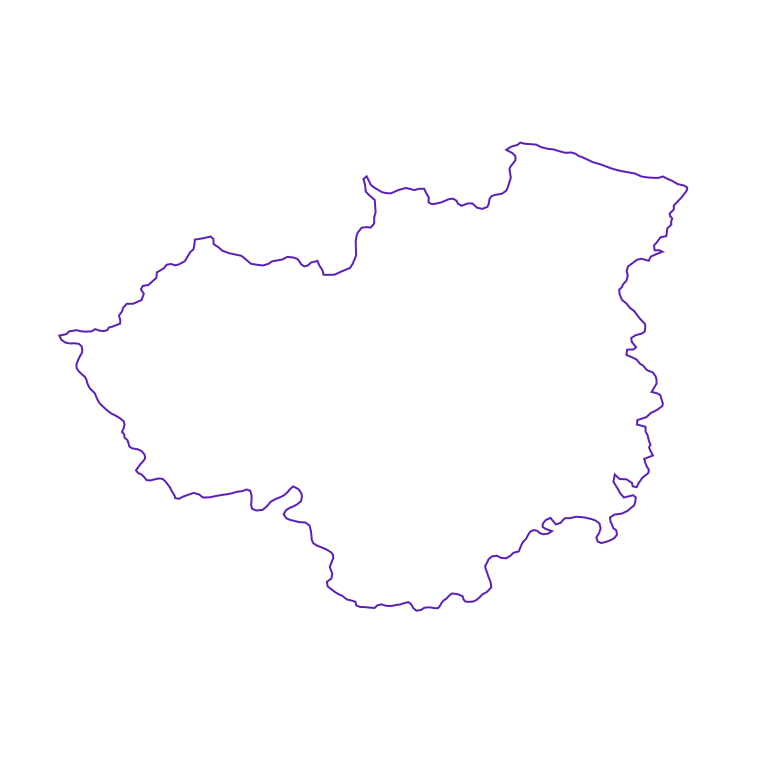 outline of Baliza, Goiás, Brazil, rotated 265°
{"feature_id": "56859067B68907801422928", "entity_name": "Baliza", "entity_type": "district", "adm_level": 2, "iso_a3": "BRA", "parent_name": "Brazil", "parent_adm1": "Goiás", "projection": "equal_earth", "projection_center": [-52.451, -16.34], "detail": "fine", "context": "isolated", "style": "outline", "palette": "violet", "viewbox_px": 768, "rotation_deg": 265, "n_neighbors": 0, "source": "geoboundaries", "source_scale": "gbopen_adm2", "svg_char_len": 6002}
<svg xmlns="http://www.w3.org/2000/svg" viewBox="0 0 768 768"><g transform="rotate(265 384 384)"><path d="M359.1,118.8L356.6,120.7L353.1,120.9L350.5,123.5L347.6,124.2L344.0,124.9L341.9,127.3L340.5,132.7L338.4,136.6L334.6,139.3L330.8,139.6L328.2,137.5L325.6,134.6L322.8,132.1L319.6,129.4L316.7,131.3L315.1,134.4L312.6,136.7L308.9,139.1L308.3,143.1L309.0,147.2L309.5,150.9L308.9,155.0L305.9,157.8L302.5,160.0L299.3,161.9L295.4,163.4L291.1,165.6L288.5,166.1L287.5,170.0L289.1,173.3L290.4,178.0L292.1,184.9L290.1,190.1L286.7,193.8L286.3,200.1L286.9,205.4L287.4,210.6L287.7,214.2L287.8,217.9L288.4,223.2L289.5,228.1L289.6,233.7L290.9,237.9L289.3,241.4L284.4,242.4L279.1,241.8L274.9,241.0L271.1,241.8L269.1,245.9L269.2,252.1L272.1,256.3L274.2,258.5L276.5,260.8L278.7,265.6L280.5,271.5L282.0,274.9L284.8,278.6L287.5,281.3L289.9,284.6L286.6,289.8L281.9,292.3L278.3,292.3L274.4,291.0L271.6,286.9L269.9,282.8L268.6,278.9L266.8,275.3L263.0,272.7L258.8,274.9L256.7,278.8L255.6,282.2L253.9,287.1L252.8,293.7L249.5,297.5L244.5,298.3L239.4,298.5L234.8,298.5L231.4,299.8L228.9,303.1L226.6,307.8L224.2,312.2L221.0,316.5L218.3,318.3L215.0,318.3L210.4,315.9L206.5,314.0L202.9,315.0L199.6,315.9L194.9,314.7L191.8,309.8L187.2,310.3L183.6,314.2L180.8,317.3L178.5,320.5L176.5,324.2L172.7,328.1L170.9,333.3L169.5,336.6L165.9,337.0L164.0,340.7L163.4,345.5L162.6,349.8L161.7,355.0L164.2,358.4L164.7,362.3L162.9,366.6L162.2,372.4L162.8,376.7L162.9,380.7L163.9,384.8L164.6,389.3L162.1,391.9L158.3,393.6L155.4,396.4L155.6,401.0L157.6,404.7L157.6,409.9L156.3,414.7L156.0,418.4L158.3,420.5L160.9,422.3L163.1,424.4L164.8,427.6L167.3,430.2L169.4,433.3L168.3,438.9L165.7,443.8L162.4,444.5L160.1,446.2L159.5,450.2L159.6,454.2L160.9,457.5L162.8,460.2L165.7,463.5L168.1,468.7L172.0,473.1L175.2,473.1L178.9,472.5L183.1,471.2L187.8,470.1L191.2,469.1L193.9,468.9L197.2,471.2L200.2,472.8L202.8,476.5L203.1,481.5L200.6,485.4L199.7,490.4L201.9,495.0L204.6,498.3L205.5,503.7L208.5,505.2L212.4,507.2L215.0,509.2L217.3,512.0L220.5,514.0L224.0,516.6L225.4,519.9L224.6,523.6L221.8,526.3L220.4,529.6L220.7,534.6L222.8,538.5L225.3,532.9L227.7,529.6L231.0,530.0L234.4,533.3L236.1,538.2L232.7,540.5L229.1,543.0L230.4,548.0L232.6,550.1L234.6,552.9L234.1,557.5L235.0,563.5L234.3,568.5L233.3,573.0L231.3,579.1L229.4,583.1L226.2,586.5L221.4,587.2L217.2,585.5L212.7,582.2L208.4,583.1L206.6,586.5L207.4,591.3L208.6,596.0L210.4,600.0L213.5,602.9L217.9,602.7L220.5,599.8L223.8,599.0L226.8,597.7L231.3,597.5L233.8,602.1L234.2,609.8L236.3,615.3L241.3,622.6L245.4,624.2L249.0,625.0L251.5,622.5L250.0,613.0L254.6,609.8L260.1,607.3L266.7,604.0L273.7,606.0L268.8,610.5L267.9,617.2L263.9,622.4L260.4,622.8L259.2,626.7L263.0,629.0L268.0,633.1L272.2,639.5L275.5,640.4L278.7,638.7L282.4,637.5L286.7,636.7L289.4,645.7L294.4,643.5L297.8,642.5L300.2,644.2L304.4,642.9L310.1,642.1L313.6,640.5L318.6,640.8L321.6,632.5L325.9,633.2L328.2,642.6L331.8,647.2L334.2,653.4L337.7,659.3L340.3,660.1L349.0,658.2L350.8,655.5L352.8,649.9L360.6,655.5L364.6,655.9L368.3,655.1L372.1,652.8L375.0,647.0L379.6,643.9L381.9,640.8L386.4,637.7L389.6,632.3L391.8,628.0L397.0,629.2L396.7,635.6L398.7,638.3L404.2,634.6L408.2,634.2L410.6,638.7L411.9,645.6L413.6,648.3L418.0,649.3L421.0,649.3L427.5,644.1L431.0,642.0L434.8,639.6L438.4,635.7L443.3,632.3L447.3,628.2L453.2,626.5L457.4,626.5L460.0,629.6L462.5,630.9L465.7,634.4L470.6,636.3L475.5,635.6L479.8,637.3L485.8,647.0L486.3,651.5L483.7,658.4L487.7,660.9L489.8,667.1L491.5,672.9L493.3,669.8L493.6,665.3L498.4,665.0L501.1,667.9L506.1,672.3L506.7,678.1L514.3,679.8L517.8,684.1L520.5,684.1L523.8,685.6L526.2,683.7L529.0,683.5L532.4,687.8L536.6,688.3L544.2,697.0L550.4,702.5L553.3,703.2L555.4,700.6L557.6,693.9L560.9,689.4L563.8,684.1L566.4,680.0L565.4,675.2L566.0,669.6L566.8,664.6L568.3,658.4L571.8,652.4L575.0,640.5L577.0,634.2L579.2,628.8L584.2,618.2L586.9,611.2L592.6,601.4L594.2,597.7L596.6,595.0L598.3,590.9L598.5,584.9L601.0,577.9L603.0,573.1L604.0,567.7L606.2,561.2L609.2,556.5L610.0,551.7L611.1,545.1L612.6,540.8L610.5,537.6L609.4,531.5L606.6,526.2L602.8,532.1L599.7,534.7L595.6,534.5L589.9,529.3L587.4,527.7L578.5,528.3L568.9,524.4L565.7,522.3L563.2,517.8L562.7,511.0L561.7,507.4L559.0,505.2L554.4,504.1L551.5,502.5L549.9,497.2L551.5,492.1L556.2,487.8L556.6,483.4L554.8,476.7L557.2,473.4L560.3,472.2L562.7,468.7L562.4,464.5L559.9,456.7L559.1,450.8L559.1,447.1L561.2,444.1L565.7,444.9L571.2,442.4L575.0,441.0L575.4,435.5L574.5,431.2L577.4,423.1L576.1,415.7L573.3,407.4L574.1,402.2L575.3,398.7L581.0,390.8L583.3,388.4L592.4,384.8L589.9,381.4L584.0,382.5L577.3,382.6L573.7,385.4L568.1,390.8L556.0,390.6L550.9,388.8L544.6,388.1L541.0,384.4L541.8,380.5L541.6,375.3L536.9,370.9L533.7,369.5L528.8,368.3L514.4,367.4L506.5,363.3L502.6,360.3L499.8,351.4L497.2,344.2L497.6,338.2L498.1,333.3L502.8,332.6L507.7,329.9L512.4,328.5L511.3,321.7L508.8,318.7L508.1,314.8L510.5,311.9L513.7,310.3L516.3,308.4L517.9,304.7L519.1,298.9L516.9,293.5L516.5,289.4L516.0,283.4L513.7,279.0L512.6,273.7L514.2,266.4L515.4,261.9L521.6,255.8L524.2,253.0L526.5,245.3L527.8,241.0L531.0,234.4L534.3,231.4L538.2,226.5L543.2,226.7L546.0,224.2L545.0,217.0L544.3,208.1L539.1,207.2L534.8,205.9L532.1,202.3L523.7,196.3L521.1,190.3L520.4,186.3L522.1,182.3L521.8,178.0L518.5,174.7L516.5,170.7L515.0,167.5L509.6,166.5L503.1,157.8L502.8,152.3L499.5,150.1L494.8,152.6L491.6,151.1L488.9,149.9L485.8,141.2L486.3,134.6L482.8,130.9L478.9,129.2L475.2,125.9L470.5,126.9L467.1,126.3L466.0,122.3L464.8,118.4L464.2,114.7L461.7,112.9L461.1,109.3L461.9,105.4L463.8,101.1L461.9,97.1L462.2,91.1L462.9,86.7L464.4,82.5L463.9,75.0L461.4,72.1L460.5,64.8L456.2,66.4L452.9,70.4L451.7,75.0L451.6,78.7L450.6,83.6L447.8,86.1L444.7,86.4L441.8,86.1L438.3,83.6L435.3,81.8L432.0,80.0L429.1,79.1L426.4,79.3L423.5,80.9L419.9,83.9L417.2,86.7L414.4,87.9L411.0,88.5L408.1,89.3L405.1,90.7L402.5,93.0L399.7,95.3L395.9,96.3L391.4,98.0L388.8,99.6L386.2,101.9L383.5,104.4L381.0,106.8L378.1,110.2L375.1,115.1L372.3,118.7L369.6,121.4L366.4,122.0L362.4,120.7L359.1,118.8Z" fill="none" stroke="#5b21b6" stroke-width="2"/></g></svg>